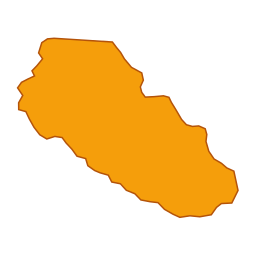 Santa Rosa de Lima, Sergipe, Brazil (orthographic projection), rotated 181°
{"feature_id": "56859067B31979699807440", "entity_name": "Santa Rosa de Lima", "entity_type": "district", "adm_level": 2, "iso_a3": "BRA", "parent_name": "Brazil", "parent_adm1": "Sergipe", "projection": "orthographic", "projection_center": [-37.236, -10.632], "detail": "fine", "context": "isolated", "style": "filled", "palette": "amber", "viewbox_px": 256, "rotation_deg": 181, "n_neighbors": 0, "source": "geoboundaries", "source_scale": "gbopen_adm2", "svg_char_len": 1005}
<svg xmlns="http://www.w3.org/2000/svg" viewBox="0 0 256 256"><g transform="rotate(181 128 128)"><path d="M189.6,111.9L183.6,105.7L178.5,98.9L169.8,96.7L167.5,89.6L160.6,84.9L155.1,82.7L146.9,80.5L143.3,73.7L134.6,72.1L128.6,65.7L120.0,62.4L113.9,56.3L104.7,54.7L96.7,53.9L90.1,47.3L81.5,42.6L74.6,39.6L64.5,41.3L54.6,40.5L43.2,42.7L38.1,50.2L33.3,54.1L22.9,54.8L16.9,67.5L21.4,86.7L28.5,89.8L33.9,94.3L41.4,98.5L46.8,106.1L49.8,115.9L49.1,122.9L50.8,128.6L57.3,131.3L63.6,130.7L69.7,132.3L74.6,137.5L80.5,147.2L85.1,154.4L87.6,159.4L93.1,160.8L102.4,159.8L111.3,159.2L114.9,163.9L116.4,169.3L113.5,176.1L115.2,183.3L125.6,188.7L132.8,197.0L136.7,203.4L140.9,208.3L145.1,213.7L203.5,216.4L210.1,215.7L215.7,211.8L218.7,201.5L214.6,195.7L220.3,188.5L225.0,183.5L222.4,178.4L228.4,175.5L235.3,171.8L239.1,166.2L233.8,158.7L237.8,151.3L237.6,144.5L230.4,142.6L226.8,135.3L222.0,127.1L216.1,119.7L209.0,115.6L201.0,118.3L193.7,117.3L189.6,111.9Z" fill="#f59e0b" stroke="#b45309" stroke-width="1.5"/></g></svg>